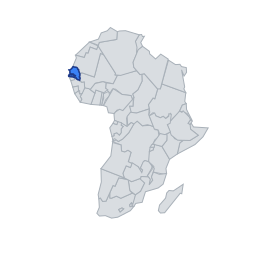 Senegal highlighted on a map of Africa, rotated 20°
{"feature_id": "SEN", "entity_name": "Senegal", "entity_type": "country or territory", "adm_level": 0, "iso_a3": "SEN", "parent_name": "Africa", "parent_adm1": "", "projection": "natural_earth1", "projection_center": [-14.381, 14.503], "detail": "fine", "context": "in_parent", "style": "filled", "palette": "blue", "viewbox_px": 256, "rotation_deg": 20, "n_neighbors": 49, "source": "natural_earth", "source_scale": "50m", "svg_char_len": 11679}
<svg xmlns="http://www.w3.org/2000/svg" viewBox="0 0 256 256"><g transform="rotate(20 128 128)"><path d="M166.2,133.7L177.8,143.2L177.5,153.0L179.8,157.6L178.0,159.1L167.0,160.7L165.4,155.3L158.9,152.6L156.6,147.9L156.1,142.8L159.2,139.9L158.5,134.2L166.2,133.7Z" fill="#d9dde1" stroke="#a8b0b8" stroke-width="1"/><path d="M71.8,61.1L71.8,65.0L64.8,64.9L64.9,71.4L62.9,71.7L62.8,76.7L53.8,77.5L62.4,60.4L71.8,61.1Z" fill="#d9dde1" stroke="#a8b0b8" stroke-width="1"/><path d="M156.1,142.8L158.9,152.6L154.5,153.1L153.4,161.4L156.1,162.4L156.2,165.2L150.8,160.9L139.8,159.6L139.2,149.9L135.6,149.0L133.2,151.7L129.8,151.9L127.3,146.3L118.2,146.1L121.4,142.8L123.5,144.0L126.7,140.3L130.3,132.4L132.3,120.5L134.3,118.4L140.8,121.0L147.9,117.9L151.7,117.9L154.1,120.3L156.9,119.5L160.2,125.6L157.3,129.8L156.1,142.8Z" fill="#d9dde1" stroke="#a8b0b8" stroke-width="1"/><path d="M183.2,135.6L181.8,124.2L184.3,120.5L190.5,118.5L196.5,110.8L187.3,107.8L184.7,104.3L185.9,102.0L189.2,104.6L203.3,100.5L201.5,110.6L196.7,120.5L183.2,135.6Z" fill="#d9dde1" stroke="#a8b0b8" stroke-width="1"/><path d="M177.8,143.2L166.2,133.7L168.7,126.4L166.4,120.4L169.2,117.2L175.5,122.1L183.7,121.3L181.8,124.2L183.2,135.6L177.8,143.2Z" fill="#d9dde1" stroke="#a8b0b8" stroke-width="1"/><path d="M145.4,110.3L143.7,109.1L142.9,108.4L143.0,105.5L139.2,99.1L141.3,91.2L143.2,91.4L142.5,80.1L145.0,80.1L144.6,75.0L170.2,75.0L172.3,83.7L174.4,85.2L171.2,87.9L170.5,96.6L166.5,104.1L166.0,109.1L163.0,100.0L160.2,106.2L157.1,105.0L154.9,107.3L150.1,107.1L146.3,105.0L143.8,109.3L145.4,110.3Z" fill="#d9dde1" stroke="#a8b0b8" stroke-width="1"/><path d="M142.5,81.2L143.2,91.4L141.3,91.2L139.2,99.1L141.4,102.8L130.8,111.1L125.0,112.3L121.9,106.9L125.2,105.8L123.1,97.2L120.7,94.5L124.2,88.8L125.2,79.1L122.6,72.8L124.7,71.4L142.5,81.2Z" fill="#d9dde1" stroke="#a8b0b8" stroke-width="1"/><path d="M124.8,204.5L126.0,203.2L129.3,205.7L132.4,204.2L133.1,194.7L134.9,200.0L136.4,199.7L140.4,196.0L145.3,196.5L154.2,187.8L157.9,188.2L159.0,193.7L158.5,197.5L156.8,197.2L155.8,199.8L156.9,201.2L160.3,199.8L158.5,204.9L148.9,215.3L143.4,218.3L136.7,218.1L131.3,220.5L127.9,218.8L128.2,212.4L124.8,204.5ZM151.6,205.5L149.7,205.2L147.1,207.8L149.3,209.6L151.6,205.5Z" fill="#d9dde1" stroke="#a8b0b8" stroke-width="1"/><path d="M151.6,205.5L149.3,209.6L147.1,207.8L149.7,205.2L151.6,205.5Z" fill="#d9dde1" stroke="#a8b0b8" stroke-width="1"/><path d="M157.9,188.2L151.2,186.3L145.9,176.6L149.7,177.2L157.1,170.9L162.5,174.0L161.5,183.2L157.9,188.2Z" fill="#d9dde1" stroke="#a8b0b8" stroke-width="1"/><path d="M154.2,187.8L145.3,196.5L140.4,196.0L136.4,199.7L134.9,200.0L133.1,194.7L133.6,187.2L135.8,187.1L136.3,178.0L145.9,176.6L151.2,186.3L154.2,187.8Z" fill="#d9dde1" stroke="#a8b0b8" stroke-width="1"/><path d="M133.6,187.2L132.4,204.2L129.3,205.7L126.0,203.2L124.8,204.5L122.7,200.7L121.4,187.9L116.5,175.5L145.5,176.2L136.3,178.0L135.8,187.1L133.6,187.2Z" fill="#d9dde1" stroke="#a8b0b8" stroke-width="1"/><path d="M65.9,99.5L64.5,93.9L65.6,91.9L78.9,91.6L76.6,67.4L79.9,67.3L97.6,80.9L97.7,82.5L100.1,82.3L99.0,91.5L88.7,93.0L82.3,96.8L79.4,104.8L73.6,105.2L71.2,99.8L68.9,101.0L65.9,99.5Z" fill="#d9dde1" stroke="#a8b0b8" stroke-width="1"/><path d="M53.8,77.5L62.8,76.7L62.9,71.7L64.9,71.4L64.8,64.9L71.8,65.0L71.8,61.1L79.9,67.3L76.6,67.4L78.9,91.6L65.6,91.9L64.5,93.9L59.2,88.8L55.1,90.0L55.5,79.9L53.8,77.5Z" fill="#d9dde1" stroke="#a8b0b8" stroke-width="1"/><path d="M97.3,115.3L95.4,115.6L94.9,108.0L92.9,104.5L97.4,100.0L99.6,103.8L97.3,109.5L97.3,115.3Z" fill="#d9dde1" stroke="#a8b0b8" stroke-width="1"/><path d="M122.6,72.8L125.2,79.1L124.2,88.8L120.7,94.5L123.1,97.2L122.2,99.4L119.8,96.5L110.9,98.5L103.0,95.8L100.1,96.7L99.1,101.5L93.4,98.4L91.9,93.1L99.0,91.5L100.1,82.3L116.4,71.2L121.1,73.7L122.6,72.8Z" fill="#d9dde1" stroke="#a8b0b8" stroke-width="1"/><path d="M97.3,115.3L100.7,96.1L110.9,98.5L119.8,96.5L123.1,100.4L117.2,113.4L111.7,114.8L110.1,119.1L104.4,120.4L100.9,115.3L97.3,115.3Z" fill="#d9dde1" stroke="#a8b0b8" stroke-width="1"/><path d="M122.9,98.4L125.2,105.8L121.9,106.9L125.3,111.6L123.3,119.2L126.6,126.9L112.7,125.4L110.1,119.8L110.7,117.3L113.6,113.3L117.2,113.4L122.9,98.4Z" fill="#d9dde1" stroke="#a8b0b8" stroke-width="1"/><path d="M93.2,103.2L95.4,115.6L93.7,116.1L91.1,103.9L93.2,103.2Z" fill="#d9dde1" stroke="#a8b0b8" stroke-width="1"/><path d="M91.3,103.1L93.7,116.1L85.1,118.5L84.8,103.3L91.3,103.1Z" fill="#d9dde1" stroke="#a8b0b8" stroke-width="1"/><path d="M73.6,105.2L77.6,104.4L85.0,106.6L85.1,118.5L74.3,120.1L74.7,116.7L72.4,114.8L73.6,105.2Z" fill="#d9dde1" stroke="#a8b0b8" stroke-width="1"/><path d="M61.1,99.1L68.9,101.0L71.2,99.8L73.6,105.2L73.1,111.6L71.0,112.6L69.8,109.5L68.2,109.9L66.8,105.6L62.1,108.5L58.0,103.1L61.1,99.1Z" fill="#d9dde1" stroke="#a8b0b8" stroke-width="1"/><path d="M54.6,99.6L61.1,99.1L61.0,101.1L58.0,103.1L54.6,99.6Z" fill="#d9dde1" stroke="#a8b0b8" stroke-width="1"/><path d="M72.7,111.6L72.4,114.8L74.7,116.7L74.3,120.1L66.1,113.9L68.8,109.8L71.0,112.6L72.7,111.6Z" fill="#d9dde1" stroke="#a8b0b8" stroke-width="1"/><path d="M62.1,108.5L66.8,105.6L68.8,109.8L66.1,113.9L62.1,108.5Z" fill="#d9dde1" stroke="#a8b0b8" stroke-width="1"/><path d="M79.4,104.8L81.8,97.5L88.7,93.0L91.9,93.1L93.4,98.4L95.9,99.0L93.2,103.2L84.8,103.3L85.0,106.6L79.4,104.8Z" fill="#d9dde1" stroke="#a8b0b8" stroke-width="1"/><path d="M151.7,117.9L145.2,118.2L140.8,121.0L134.3,118.4L132.1,122.3L129.2,121.8L126.7,125.5L123.2,117.4L125.0,112.3L130.8,111.1L141.4,102.8L142.9,108.4L151.7,117.9Z" fill="#d9dde1" stroke="#a8b0b8" stroke-width="1"/><path d="M132.1,122.3L130.3,132.4L126.7,140.3L123.5,144.0L119.2,142.6L117.6,144.1L115.8,141.4L117.5,140.0L116.7,138.3L119.1,136.3L122.3,137.6L123.2,134.7L121.9,131.2L122.9,128.2L120.7,127.9L120.2,125.5L126.6,126.9L129.2,121.8L132.1,122.3Z" fill="#d9dde1" stroke="#a8b0b8" stroke-width="1"/><path d="M116.3,125.5L120.0,125.3L120.7,127.9L122.9,128.2L121.9,131.2L123.2,134.7L122.3,137.6L119.1,136.3L116.7,138.3L117.5,140.0L115.8,141.4L110.8,134.1L112.3,128.7L116.3,128.6L116.3,125.5Z" fill="#d9dde1" stroke="#a8b0b8" stroke-width="1"/><path d="M112.7,125.4L116.3,125.5L116.3,128.6L112.3,128.7L112.7,125.4Z" fill="#d9dde1" stroke="#a8b0b8" stroke-width="1"/><path d="M158.9,152.6L164.3,156.0L162.6,166.3L163.8,167.0L157.0,169.1L157.1,170.9L149.7,177.2L141.5,176.1L138.7,172.4L139.2,164.2L143.8,164.3L143.7,159.2L150.8,160.9L156.2,165.2L156.1,162.4L153.4,161.4L153.8,154.7L155.1,152.8L158.9,152.6Z" fill="#d9dde1" stroke="#a8b0b8" stroke-width="1"/><path d="M163.3,154.9L166.6,157.2L166.8,166.0L169.1,168.6L167.3,174.2L166.4,168.6L162.6,166.3L164.8,158.2L163.3,154.9Z" fill="#d9dde1" stroke="#a8b0b8" stroke-width="1"/><path d="M167.0,160.7L173.4,160.8L179.8,157.6L180.2,168.8L176.9,174.0L166.2,181.9L166.7,193.0L161.1,196.2L160.3,199.8L158.7,199.7L157.9,188.2L161.5,183.2L162.5,174.0L157.2,171.9L157.0,169.1L163.8,167.0L166.4,168.6L167.3,174.2L169.1,168.6L166.8,166.0L167.0,160.7Z" fill="#d9dde1" stroke="#a8b0b8" stroke-width="1"/><path d="M158.7,199.7L156.9,201.2L155.8,199.8L156.8,197.2L158.7,199.7Z" fill="#d9dde1" stroke="#a8b0b8" stroke-width="1"/><path d="M117.6,144.1L119.2,144.0L118.2,146.1L117.6,144.1ZM118.5,146.9L127.3,146.3L129.8,151.9L133.2,151.7L135.6,149.0L139.2,149.9L139.8,159.6L143.9,160.0L143.8,164.3L139.2,164.2L138.7,172.4L141.5,176.1L116.5,175.5L121.4,160.1L118.5,146.9Z" fill="#d9dde1" stroke="#a8b0b8" stroke-width="1"/><path d="M158.6,137.4L159.2,139.9L156.1,142.8L155.4,138.5L158.6,137.4Z" fill="#d9dde1" stroke="#a8b0b8" stroke-width="1"/><path d="M199.1,162.0L201.0,171.4L199.4,171.4L191.4,195.1L187.6,196.8L184.8,195.3L184.0,189.6L187.3,181.0L186.6,175.8L187.9,172.7L192.1,171.6L199.1,162.0Z" fill="#d9dde1" stroke="#a8b0b8" stroke-width="1"/><path d="M54.2,97.7L58.1,95.8L60.8,96.8L54.2,97.7Z" fill="#d9dde1" stroke="#a8b0b8" stroke-width="1"/><path d="M110.0,53.6L105.3,43.9L106.7,36.6L108.8,35.5L110.3,37.1L112.0,36.2L110.7,43.3L113.8,46.3L110.0,53.6Z" fill="#d9dde1" stroke="#a8b0b8" stroke-width="1"/><path d="M71.8,61.1L71.7,57.4L87.1,48.6L85.0,41.1L86.9,39.7L92.4,37.4L106.7,36.6L105.3,43.9L108.8,49.0L110.8,55.9L110.3,64.4L112.6,68.9L116.4,71.2L103.1,81.1L97.7,82.5L97.6,80.9L71.8,61.1Z" fill="#d9dde1" stroke="#a8b0b8" stroke-width="1"/><path d="M170.7,94.4L171.2,87.9L174.4,85.2L176.7,90.6L185.5,98.8L184.0,99.2L178.6,94.2L170.7,94.4Z" fill="#d9dde1" stroke="#a8b0b8" stroke-width="1"/><path d="M62.4,60.4L69.8,54.6L70.3,47.8L75.2,43.8L77.1,39.6L85.0,41.1L87.1,48.6L71.7,57.4L71.8,60.4L62.4,60.4Z" fill="#d9dde1" stroke="#a8b0b8" stroke-width="1"/><path d="M170.2,75.0L144.6,75.0L142.8,50.4L150.9,52.2L155.0,50.4L157.3,52.0L162.1,51.3L164.0,55.7L162.9,60.0L158.4,55.0L167.2,70.0L167.1,72.1L170.2,75.0Z" fill="#d9dde1" stroke="#a8b0b8" stroke-width="1"/><path d="M142.2,49.5L145.0,80.1L142.5,81.2L124.7,71.4L121.1,73.7L112.6,68.9L110.3,64.4L110.8,50.9L113.8,46.3L121.8,48.6L123.0,50.9L130.3,53.7L133.5,47.4L142.2,49.5Z" fill="#d9dde1" stroke="#a8b0b8" stroke-width="1"/><path d="M196.5,110.8L190.5,118.5L178.7,122.5L171.1,119.9L163.8,111.4L170.7,94.4L173.3,94.9L173.9,93.0L182.2,96.9L184.0,99.2L182.9,103.0L185.1,103.4L187.3,107.8L196.5,110.8Z" fill="#d9dde1" stroke="#a8b0b8" stroke-width="1"/><path d="M184.0,99.2L186.1,99.6L185.1,103.4L182.9,103.0L184.0,99.2Z" fill="#d9dde1" stroke="#a8b0b8" stroke-width="1"/><path d="M166.2,133.7L156.7,134.7L160.3,121.6L166.4,120.4L167.4,122.2L168.7,126.4L166.2,133.7Z" fill="#d9dde1" stroke="#a8b0b8" stroke-width="1"/><path d="M158.5,134.2L159.3,137.1L155.4,138.5L156.0,135.4L158.5,134.2Z" fill="#d9dde1" stroke="#a8b0b8" stroke-width="1"/><path d="M159.4,122.3L156.9,119.5L153.1,120.0L143.8,109.3L147.9,104.7L150.1,107.1L154.9,107.3L157.1,105.0L160.2,106.2L162.3,103.0L161.5,100.7L164.0,100.2L166.0,109.1L163.8,111.4L169.2,117.2L165.0,121.6L159.4,122.3Z" fill="#d9dde1" stroke="#a8b0b8" stroke-width="1"/><path d="M64.2,93.4L64.4,93.8L64.4,94.0L64.3,94.3L64.5,94.5L64.7,94.8L64.8,95.0L64.8,95.3L64.8,95.6L64.9,95.8L64.9,96.0L64.7,96.4L64.9,96.7L65.1,96.9L65.1,97.0L65.3,97.2L65.6,97.1L65.8,97.3L65.8,97.6L66.0,97.8L66.1,98.0L66.1,98.5L66.1,99.0L66.2,99.4L66.2,99.6L65.8,99.5L65.3,99.6L65.1,99.6L64.8,99.6L64.5,99.6L64.2,99.8L64.0,99.7L63.9,99.6L63.7,99.6L63.3,99.5L63.1,99.5L62.9,99.3L62.8,99.2L62.8,99.3L62.7,99.4L62.5,99.2L62.4,99.0L62.2,99.0L61.8,98.9L61.1,98.9L60.3,98.9L59.7,98.9L58.9,98.9L58.4,98.9L57.9,98.9L57.5,99.1L57.0,99.4L56.4,99.5L55.8,99.4L55.6,99.5L55.3,99.6L55.2,99.7L54.9,99.7L54.6,99.7L54.4,99.4L54.6,99.2L54.9,99.1L55.0,99.1L54.9,98.9L54.7,98.9L54.6,99.0L54.4,99.0L54.4,98.9L54.4,98.3L54.4,98.1L54.4,97.9L54.5,97.7L55.1,97.6L55.6,97.6L56.0,97.6L56.5,97.6L56.5,97.2L56.8,97.1L57.2,97.1L57.7,97.0L57.8,96.8L57.9,96.7L58.0,96.6L58.4,96.8L58.6,96.9L58.7,97.0L59.0,97.1L59.5,97.4L59.9,97.4L60.4,97.3L60.8,97.2L60.8,96.8L60.5,96.7L60.1,96.7L59.9,96.8L59.6,96.8L59.4,96.6L59.2,96.5L59.0,96.4L58.8,96.3L58.4,96.0L58.2,96.0L57.7,96.0L57.3,96.2L57.2,96.5L56.8,96.5L56.1,96.5L55.4,96.5L54.9,96.5L54.8,96.3L54.7,96.1L54.5,95.9L54.4,95.7L54.5,95.6L54.7,95.4L54.5,95.5L54.4,95.5L54.4,95.3L54.2,95.0L54.0,94.5L53.7,94.3L53.5,93.8L53.3,93.7L53.2,93.6L52.9,93.8L52.7,93.6L53.0,93.5L53.6,93.1L54.3,92.2L54.9,91.0L54.9,90.8L55.0,90.6L55.1,90.1L55.1,89.8L55.3,89.6L55.4,89.2L55.6,89.0L55.9,89.0L56.2,89.1L56.6,89.1L56.9,89.1L57.2,88.9L57.5,88.9L57.8,88.9L58.0,88.8L58.0,88.7L58.3,88.6L58.8,88.7L59.3,88.7L59.8,88.9L60.3,89.3L60.5,89.6L60.6,89.8L60.8,90.0L61.0,89.9L61.2,90.0L61.3,90.1L61.5,90.0L61.8,90.2L61.9,90.4L62.0,90.7L62.1,91.1L62.2,91.3L62.3,91.4L62.4,91.5L62.5,91.6L62.8,91.8L63.0,92.1L63.0,92.3L63.2,92.5L63.4,92.7L63.7,92.8L63.8,93.0L64.2,93.4L64.2,93.4Z" fill="#3b82f6" stroke="#1e3a8a" stroke-width="1.5"/></g></svg>